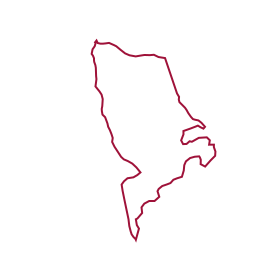 outline of Ineia, Paphos, Cyprus, rotated 223°
{"feature_id": "46923920B71258573989723", "entity_name": "Ineia", "entity_type": "district", "adm_level": 2, "iso_a3": "CYP", "parent_name": "Cyprus", "parent_adm1": "Paphos", "projection": "albers", "projection_center": [32.342, 34.971], "detail": "fine", "context": "isolated", "style": "outline", "palette": "rose", "viewbox_px": 256, "rotation_deg": 223, "n_neighbors": 0, "source": "geoboundaries", "source_scale": "gbopen_adm2", "svg_char_len": 1650}
<svg xmlns="http://www.w3.org/2000/svg" viewBox="0 0 256 256"><g transform="rotate(223 128 128)"><path d="M46.0,51.6L51.4,61.9L55.3,63.0L60.0,66.6L59.4,68.1L59.7,75.5L64.0,79.2L64.5,83.8L62.7,89.1L58.8,92.7L58.2,99.0L63.3,101.9L64.0,104.4L63.4,108.9L61.1,113.2L59.4,116.7L59.5,121.1L57.8,124.7L55.3,129.1L58.2,134.9L61.5,139.2L62.9,143.1L62.1,148.4L59.6,152.5L56.6,155.8L55.3,155.5L53.1,154.4L50.2,151.1L45.3,152.4L45.5,160.8L45.3,167.1L48.0,170.4L52.2,172.6L53.8,174.4L57.3,171.1L59.8,174.8L63.2,174.9L64.0,174.9L69.5,169.1L71.9,161.5L73.9,160.3L74.3,156.3L76.7,153.8L80.7,155.2L83.1,161.2L85.4,163.6L81.9,170.3L79.7,174.8L78.5,177.4L75.5,178.0L72.4,179.0L72.5,181.4L77.8,181.9L81.6,181.6L84.6,179.8L86.6,178.8L89.7,179.1L94.0,180.0L97.4,181.1L100.1,181.7L105.1,181.9L108.0,182.0L110.2,183.4L111.9,185.6L115.7,186.7L148.6,204.4L154.1,200.7L159.0,199.2L161.8,196.1L165.8,192.6L168.3,189.4L171.2,185.6L176.5,182.2L181.0,180.6L186.7,180.1L192.3,179.8L194.7,179.1L199.9,177.3L202.0,174.7L204.0,172.4L205.8,170.8L208.1,169.5L210.7,170.5L210.5,168.2L209.7,168.2L208.1,165.1L207.6,161.4L205.1,157.4L203.0,157.0L200.4,155.8L199.1,154.4L197.8,153.3L194.7,151.7L192.6,150.1L186.7,144.2L184.4,142.2L180.1,136.2L173.8,135.3L170.1,134.4L166.2,131.9L161.7,126.4L160.2,124.0L158.6,122.5L155.8,120.4L152.1,120.3L146.1,117.3L143.4,115.4L139.8,114.1L135.8,112.2L132.4,110.3L130.1,107.0L125.1,105.1L113.4,102.2L109.7,102.2L105.6,103.7L100.6,104.9L95.0,104.9L88.6,104.0L89.1,99.9L90.4,95.6L94.1,90.9L94.6,86.3L94.1,82.3L89.0,78.3L80.3,72.1L65.4,61.6L60.2,57.2L55.5,54.2L52.8,52.7L49.5,52.0L47.0,52.0L46.0,51.6Z" fill="none" stroke="#9f1239" stroke-width="2"/></g></svg>